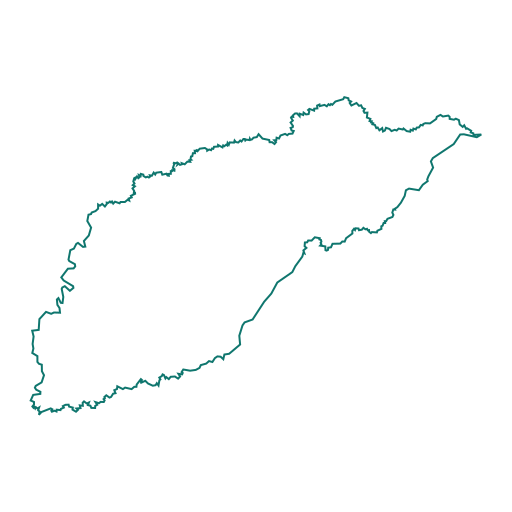 Moei Wadi, Roi Et, Thailand (Mercator projection)
{"feature_id": "78962969B61419736796761", "entity_name": "Moei Wadi", "entity_type": "district", "adm_level": 2, "iso_a3": "THA", "parent_name": "Thailand", "parent_adm1": "Roi Et", "projection": "mercator", "projection_center": [104.111, 16.372], "detail": "fine", "context": "isolated", "style": "outline", "palette": "teal", "viewbox_px": 512, "rotation_deg": 0, "n_neighbors": 0, "source": "geoboundaries", "source_scale": "gbopen_adm2", "svg_char_len": 6013}
<svg xmlns="http://www.w3.org/2000/svg" viewBox="0 0 512 512"><path d="M88.5,214.7L87.3,221.0L91.1,227.6L88.8,235.5L83.9,241.0L85.3,246.6L83.0,246.9L78.0,242.9L76.3,243.9L73.9,248.6L70.3,250.2L68.5,259.6L69.3,261.1L74.9,264.2L75.2,266.4L73.6,268.4L67.9,268.7L61.3,277.4L63.7,280.5L73.1,286.2L73.4,287.9L69.9,290.8L64.8,286.2L62.3,287.5L61.7,288.9L63.3,297.0L62.5,303.0L60.8,302.8L58.4,298.1L56.9,299.5L57.4,304.9L59.5,308.0L60.0,312.7L54.0,312.5L51.2,313.8L46.0,311.9L39.4,319.1L38.7,329.9L32.2,330.7L33.6,336.5L32.6,344.0L33.4,348.5L32.3,353.0L37.4,356.1L37.4,361.9L39.0,363.8L41.8,364.7L41.9,371.2L44.0,375.2L41.6,382.4L35.7,385.9L34.9,387.7L36.2,389.7L40.4,391.8L40.3,393.9L33.2,394.9L30.7,400.5L34.0,402.0L34.0,404.5L32.4,406.5L33.5,407.8L34.3,406.8L35.2,408.5L35.9,407.2L37.5,408.5L39.1,407.5L38.2,410.3L39.7,411.6L38.9,414.8L41.5,412.0L50.7,408.4L52.3,409.3L51.3,410.7L51.9,411.7L54.6,410.7L56.5,411.5L56.7,409.7L60.5,410.1L60.9,408.9L63.8,407.6L62.9,406.1L65.5,404.8L68.6,404.7L69.1,406.6L72.8,407.6L72.5,409.6L76.0,411.7L77.9,409.9L76.5,408.5L80.5,408.1L79.8,405.4L82.8,405.8L82.7,402.7L84.0,401.4L86.8,403.5L88.9,402.5L87.9,405.1L90.4,405.7L91.3,407.9L95.1,408.0L95.2,405.9L97.2,404.8L95.5,402.1L99.0,403.2L100.6,401.9L103.8,402.0L104.6,400.4L103.6,399.1L104.9,398.1L104.4,397.0L106.3,395.3L109.5,397.6L111.1,396.9L113.1,393.7L115.5,393.2L114.3,390.2L117.0,389.0L117.3,386.3L122.9,389.1L125.1,387.6L131.6,389.1L134.3,386.8L136.4,386.8L136.7,384.5L140.9,379.1L141.9,380.0L140.8,381.5L141.2,382.7L145.3,380.8L148.0,383.5L152.8,385.7L155.6,385.2L156.8,383.2L158.5,385.5L159.4,380.3L160.4,379.4L159.3,377.6L161.8,376.1L162.6,374.4L163.9,375.0L165.4,378.4L166.3,377.1L168.8,379.1L170.7,376.8L174.9,376.5L178.1,378.6L180.1,376.5L178.4,373.8L182.1,374.4L182.7,373.0L181.6,372.1L183.3,369.5L190.1,370.7L195.8,369.9L199.5,367.9L200.8,365.1L206.2,363.6L209.0,361.1L212.4,362.0L214.9,358.1L217.4,356.4L220.6,356.7L223.3,359.2L224.4,354.5L229.1,353.8L240.1,344.5L239.3,335.7L242.5,325.4L244.6,322.4L252.6,319.5L264.2,301.7L271.3,293.6L277.3,282.5L292.3,272.1L295.3,266.2L302.3,256.6L303.4,252.8L304.4,253.3L303.4,250.4L306.4,247.9L304.6,246.2L304.9,242.5L307.2,242.3L308.2,240.5L311.6,240.6L314.8,237.3L319.7,238.2L319.4,239.4L321.0,240.0L321.4,241.7L320.6,242.8L321.4,244.3L320.2,245.6L325.3,246.4L325.5,250.2L326.6,250.6L328.0,249.9L328.2,247.7L331.0,247.3L332.5,243.8L340.3,243.6L342.3,241.5L344.7,241.6L346.1,238.2L352.4,233.5L352.3,230.9L354.0,228.8L355.0,230.0L355.6,228.3L358.5,228.5L359.0,230.2L361.8,229.7L363.4,227.8L365.4,229.3L367.0,228.8L367.7,230.3L369.0,230.1L369.1,231.7L370.9,233.1L371.9,232.1L376.9,232.4L377.4,230.7L381.4,228.9L381.3,226.3L382.6,225.7L383.6,223.0L385.1,223.0L384.8,221.2L386.1,221.2L387.5,218.8L392.4,217.0L393.4,214.9L392.3,212.6L393.3,209.5L395.1,209.6L394.8,208.8L397.3,207.2L400.9,202.7L404.7,195.9L405.9,190.3L409.0,188.6L418.9,190.2L422.8,184.7L427.7,181.1L427.2,179.5L428.4,176.3L433.1,167.6L430.9,161.4L432.8,158.1L453.7,144.1L460.2,134.5L463.9,134.3L476.8,137.2L481.3,134.5L473.5,134.9L473.3,133.3L470.7,132.4L471.2,130.8L467.0,128.3L466.1,128.8L464.2,125.3L462.7,126.9L459.7,124.4L458.9,120.1L455.8,118.7L454.0,119.7L449.7,118.9L449.6,116.8L448.3,115.6L442.9,116.5L440.5,114.9L436.8,116.8L436.2,119.0L430.0,123.4L425.3,123.2L423.3,124.0L422.7,125.4L420.7,124.9L419.0,127.4L416.7,127.6L415.8,129.4L413.4,128.6L412.8,130.6L410.6,129.8L410.2,131.7L406.7,131.1L403.5,128.5L402.8,129.5L398.6,128.6L396.7,130.5L394.7,129.8L391.5,131.1L389.5,129.0L386.0,127.8L384.9,130.5L383.0,131.5L382.2,128.1L379.4,130.3L377.7,127.5L376.3,128.1L374.9,124.9L372.5,124.3L373.1,123.2L371.1,122.5L371.7,121.3L369.6,121.0L370.4,118.9L366.9,117.5L367.4,112.6L364.5,112.8L363.5,111.0L364.8,108.9L362.4,108.0L361.1,105.3L359.0,105.8L356.5,103.0L351.4,105.5L349.7,103.0L351.1,101.5L348.7,100.4L348.3,98.2L344.3,97.2L343.2,99.2L335.4,101.5L332.3,104.8L331.0,104.0L329.9,105.2L328.5,104.2L326.8,106.3L324.5,104.9L319.8,106.1L319.5,104.5L317.1,105.6L317.4,108.4L314.2,108.7L314.1,110.6L309.4,108.9L308.1,110.0L309.3,111.3L308.6,114.1L306.0,114.4L303.6,112.6L303.2,115.0L299.7,113.7L299.6,116.2L297.0,113.4L295.0,113.5L292.9,115.4L293.2,116.9L291.6,116.7L291.0,117.7L292.8,120.6L290.6,122.5L293.0,126.0L292.7,127.2L290.6,127.9L291.6,130.5L293.7,131.0L292.5,133.6L288.8,133.9L287.3,135.2L285.1,133.9L280.5,135.5L279.0,138.5L276.6,137.7L276.3,140.2L274.3,140.3L276.0,142.2L274.5,144.0L272.1,142.2L269.6,142.2L269.2,140.0L262.5,138.6L258.6,134.2L256.8,137.1L253.5,137.7L252.0,139.4L250.3,139.9L249.8,138.8L249.5,140.1L246.3,139.6L245.3,140.5L244.8,139.0L243.4,139.0L241.5,141.5L240.2,140.5L238.3,142.5L235.9,142.1L234.6,140.5L234.0,142.6L229.7,142.4L228.8,144.8L227.6,143.0L227.2,145.4L226.2,144.7L224.3,146.2L223.2,145.4L222.5,147.4L218.1,145.0L218.1,146.5L214.0,146.8L213.3,148.8L212.0,148.5L211.1,150.2L209.2,149.5L207.2,150.7L207.1,149.4L204.9,148.0L199.7,148.7L197.6,151.1L196.3,149.4L196.7,151.1L194.7,150.8L195.0,153.2L192.9,153.2L192.3,156.2L191.0,156.5L190.5,159.2L191.2,159.8L189.4,160.2L190.2,161.8L187.4,161.6L184.7,164.3L181.8,163.2L182.1,164.2L180.0,164.9L178.7,163.6L177.6,164.5L178.1,163.2L177.2,162.5L175.6,163.3L173.1,162.6L174.4,163.6L172.9,167.9L174.5,169.2L174.4,170.7L172.2,170.1L172.0,171.1L170.8,171.1L170.8,173.8L168.5,173.9L168.8,175.7L167.5,175.5L166.4,173.7L162.3,174.7L161.3,172.0L156.2,172.7L155.2,174.5L153.7,172.6L151.9,175.7L149.8,175.3L150.2,176.5L148.9,177.5L147.4,176.7L145.8,177.4L143.5,176.0L143.3,174.6L140.8,173.9L140.6,176.0L139.0,175.1L139.6,177.1L138.3,178.2L137.0,176.4L135.4,178.9L135.1,177.7L134.2,178.2L133.3,181.5L134.5,183.5L132.8,185.1L134.9,186.3L132.5,188.4L134.1,190.8L133.8,193.0L135.0,192.8L135.1,193.8L130.9,195.8L131.7,197.4L128.7,198.5L129.2,200.5L127.7,199.7L124.9,202.0L120.5,202.0L119.6,203.3L115.0,201.7L113.2,203.6L112.0,201.5L111.0,202.5L109.9,201.5L108.3,202.9L106.7,202.6L106.8,204.0L104.9,206.5L102.2,203.9L99.9,205.7L98.1,204.5L98.1,208.7L95.5,211.1L91.7,212.5L91.0,214.1L88.5,214.7Z" fill="none" stroke="#0f766e" stroke-width="2"/></svg>